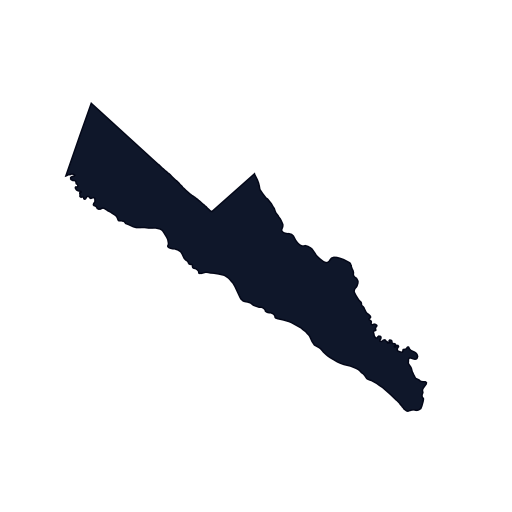 Maxixe, Inhambane, Mozambique (Robinson projection), rotated 116°
{"feature_id": "85939544B37735984540105", "entity_name": "Maxixe", "entity_type": "district", "adm_level": 2, "iso_a3": "MOZ", "parent_name": "Mozambique", "parent_adm1": "Inhambane", "projection": "robinson", "projection_center": [35.32, -23.871], "detail": "fine", "context": "isolated", "style": "filled", "palette": "ink", "viewbox_px": 512, "rotation_deg": 116, "n_neighbors": 0, "source": "geoboundaries", "source_scale": "gbopen_adm2", "svg_char_len": 6048}
<svg xmlns="http://www.w3.org/2000/svg" viewBox="0 0 512 512"><g transform="rotate(116 256 256)"><path d="M191.0,471.0L225.2,467.1L267.4,462.0L266.8,461.4L265.1,460.2L264.9,459.6L264.2,458.5L263.3,457.9L263.0,457.3L262.7,456.4L262.6,455.3L262.6,454.7L263.0,454.2L263.8,454.4L265.4,456.3L266.7,457.0L268.1,456.3L268.2,455.7L268.4,455.5L268.5,453.9L267.6,451.7L268.1,450.5L269.3,449.7L269.9,449.1L269.9,448.0L270.7,447.0L271.7,446.7L272.4,446.9L272.6,447.2L272.7,448.0L273.1,448.4L273.9,448.3L274.5,447.7L275.3,446.3L275.4,445.7L275.4,444.5L274.7,441.6L275.4,441.2L276.5,442.1L277.2,441.7L278.0,441.0L278.9,440.7L279.7,440.3L279.9,438.9L279.1,438.4L278.9,437.1L279.2,436.3L279.9,436.0L280.2,435.2L279.5,434.3L276.7,434.0L276.0,433.1L276.1,431.4L276.7,430.7L276.7,429.7L275.7,428.8L274.7,427.6L274.8,426.2L277.2,424.8L278.3,424.5L279.8,424.9L281.3,424.6L281.7,423.7L281.5,422.2L281.9,420.7L282.9,419.5L282.9,417.9L282.0,416.3L280.5,415.3L279.7,413.7L280.1,409.8L280.3,409.4L280.3,405.8L280.6,404.4L281.0,400.7L281.5,398.8L282.5,397.4L283.9,395.9L284.4,395.2L284.4,394.5L283.5,392.8L283.1,391.6L283.1,391.0L282.7,390.0L283.3,388.4L283.9,387.5L283.6,384.2L283.5,379.1L282.9,375.9L282.0,374.1L279.3,368.8L278.0,364.9L274.8,358.4L273.8,354.1L273.9,352.1L274.4,350.7L275.4,349.0L278.4,344.3L279.9,342.5L282.6,340.5L283.9,339.8L285.2,339.8L286.2,339.4L286.6,338.3L286.6,336.8L286.1,334.2L285.1,331.9L285.1,330.6L284.8,329.2L285.1,326.1L285.4,325.1L286.7,323.1L287.7,321.9L289.6,319.5L290.4,317.4L290.6,315.7L291.0,314.2L291.7,314.0L292.0,313.2L292.4,312.8L292.5,312.5L292.3,311.2L291.8,309.9L292.1,309.1L293.2,308.6L294.1,307.8L294.3,306.9L293.8,304.3L294.2,302.4L294.8,301.0L296.4,299.9L296.4,299.1L296.0,298.5L295.6,297.5L292.7,294.2L292.1,292.8L291.6,291.1L291.3,289.7L290.1,286.8L288.6,281.9L287.3,276.4L287.3,275.0L287.9,271.0L288.7,268.9L289.6,267.0L290.4,264.9L292.6,261.6L300.2,252.2L301.3,250.6L301.6,249.4L302.0,248.4L302.0,246.9L301.6,245.2L301.1,243.6L300.6,240.3L301.4,236.8L301.2,234.8L300.7,230.7L299.6,228.4L299.6,226.7L300.0,225.0L300.6,224.0L301.4,223.4L301.7,222.0L301.6,220.5L301.1,218.9L300.5,217.8L300.5,215.0L300.9,213.8L301.7,212.7L302.8,211.9L303.1,211.2L302.9,209.2L301.5,203.5L300.5,197.8L300.3,195.2L300.5,191.4L300.9,183.9L301.6,181.5L302.2,178.2L303.3,175.7L303.8,174.1L304.6,172.6L308.3,168.1L310.4,164.5L310.7,159.0L311.0,157.4L312.1,154.7L312.7,153.5L313.9,149.6L314.4,147.6L314.8,145.0L315.5,136.5L315.4,133.3L315.0,129.4L313.5,122.8L313.1,116.9L313.2,114.2L313.7,112.2L314.0,111.6L314.6,110.0L314.9,107.9L315.7,106.0L317.6,102.7L317.7,101.4L317.6,99.5L317.3,97.5L317.6,91.6L318.2,88.5L318.7,84.5L321.6,74.0L324.0,66.7L324.0,66.2L325.4,62.3L326.0,61.5L327.0,59.0L327.5,58.3L327.7,57.4L328.6,56.0L329.2,52.8L329.1,51.9L328.7,51.2L327.7,50.3L327.2,49.6L326.3,48.7L325.0,46.6L324.8,45.4L324.4,44.1L323.6,42.9L322.5,42.0L320.9,41.0L318.1,41.2L313.8,42.0L311.6,42.6L310.5,43.2L310.5,44.1L309.6,45.0L308.7,45.6L307.5,46.0L305.7,46.1L303.5,47.7L301.7,47.8L296.4,46.9L295.1,47.3L294.8,48.5L296.0,51.3L296.5,53.2L295.9,55.2L296.0,58.8L295.3,60.1L294.9,60.4L293.3,62.7L292.5,63.5L291.6,64.8L288.9,67.1L288.0,68.2L286.5,70.9L285.6,72.2L283.9,72.8L282.5,73.5L281.5,73.7L280.7,73.6L279.9,72.5L279.5,69.5L279.1,67.9L278.5,67.0L277.9,66.6L276.8,66.4L276.6,66.6L275.4,66.7L274.2,67.8L273.8,68.3L273.2,69.5L272.9,71.2L273.0,75.3L272.4,77.1L271.0,78.9L271.0,79.2L271.5,79.9L273.6,80.3L274.7,81.2L274.9,81.9L275.6,82.7L276.4,82.6L277.0,82.2L278.4,82.4L278.9,83.7L279.1,85.5L279.2,86.8L278.7,87.7L277.2,88.4L275.7,88.3L275.1,88.1L274.5,88.6L274.2,89.3L274.7,90.4L276.7,90.7L277.0,91.2L276.9,91.9L276.0,92.1L275.2,91.8L274.3,91.9L274.0,92.8L274.8,95.0L274.3,95.7L272.8,96.7L272.5,97.8L272.9,99.0L273.5,99.2L274.2,99.2L274.7,97.6L275.1,97.4L275.6,98.1L275.8,98.9L276.2,99.0L276.5,99.6L275.6,100.5L275.6,101.8L274.9,102.8L275.1,103.9L276.1,104.8L277.2,105.1L277.9,105.9L278.1,106.8L278.2,107.5L277.3,107.9L276.5,107.6L275.5,107.6L274.1,108.1L273.7,109.0L274.2,110.6L275.4,111.1L276.6,111.3L277.1,112.1L277.1,112.7L276.1,114.5L275.6,115.0L274.2,116.0L273.4,116.9L272.6,117.1L271.6,117.1L270.6,116.0L270.0,115.8L269.4,116.5L268.8,116.9L266.7,117.0L265.8,116.7L265.3,117.2L265.1,118.6L265.4,119.9L266.2,120.7L266.9,121.0L266.9,121.7L266.3,123.2L265.0,123.3L264.4,123.6L264.0,124.2L263.6,126.3L263.3,126.8L262.6,126.9L262.1,126.6L261.6,126.2L260.6,126.2L259.8,127.2L259.2,129.0L259.0,130.1L258.8,131.4L258.1,132.7L256.0,135.4L255.1,136.4L254.6,137.5L254.2,139.1L253.7,139.7L252.5,140.4L251.5,141.3L250.7,143.9L249.6,145.8L247.6,149.0L246.1,151.0L245.2,152.1L243.6,152.7L241.9,152.8L239.9,152.2L238.6,152.1L235.9,152.5L234.3,153.1L233.5,153.8L232.0,155.9L231.7,158.2L231.0,159.5L230.0,160.4L228.2,161.1L226.5,162.5L226.1,163.1L225.6,163.8L224.7,164.7L223.9,165.6L222.7,166.3L222.3,167.1L221.5,167.8L221.1,168.6L221.0,169.5L220.8,175.7L221.3,179.8L221.9,182.8L223.0,185.4L224.8,187.2L226.8,187.7L228.6,187.9L230.0,188.5L231.2,189.9L231.5,192.0L231.4,193.6L230.5,197.6L229.7,200.2L229.0,202.2L227.7,204.2L225.2,208.7L224.8,210.5L224.7,212.7L224.6,213.4L225.1,216.3L226.1,217.4L226.8,219.0L226.9,221.0L226.5,222.9L225.9,224.6L224.5,227.3L221.7,231.1L221.0,233.5L221.5,236.3L222.2,237.6L222.9,240.4L222.9,241.9L222.4,243.6L221.1,244.5L218.0,244.8L216.2,245.5L215.1,246.6L213.1,249.0L212.0,250.5L211.0,252.6L210.1,253.8L208.5,257.1L207.0,258.8L205.3,260.4L204.2,262.4L202.3,265.1L199.7,270.6L199.5,272.4L197.0,277.4L194.5,281.7L191.7,283.7L189.4,285.6L187.0,288.1L183.2,293.1L182.8,293.4L235.4,315.1L235.4,315.8L235.5,316.8L234.7,319.2L234.4,320.5L233.5,322.6L233.5,323.3L232.7,325.6L232.7,326.4L231.3,331.0L231.3,331.8L231.0,332.5L230.7,333.4L230.3,336.0L230.0,336.8L230.0,337.6L229.7,339.1L229.7,340.2L229.2,342.0L229.2,343.0L228.5,344.6L228.5,345.3L228.0,346.7L227.9,347.4L226.9,350.2L226.6,351.7L225.7,353.3L225.0,355.8L224.4,356.8L223.2,360.4L223.2,361.2L221.6,366.2L220.6,368.7L220.1,370.5L220.1,371.4L219.3,373.6L219.3,374.5L218.3,377.6L218.2,378.5L216.5,383.5L216.5,384.3L191.0,471.0Z" fill="#0f172a" stroke="#020617" stroke-width="1.5"/></g></svg>